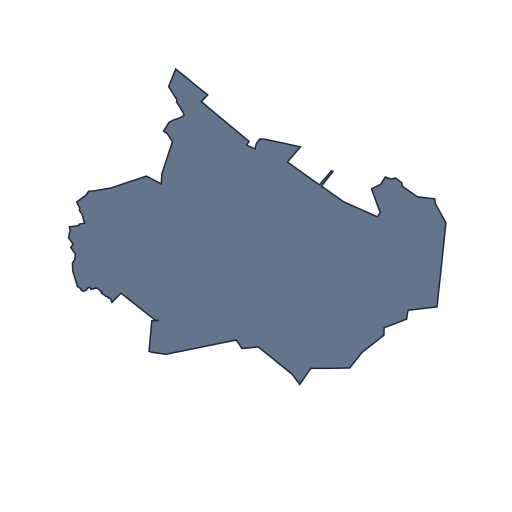 the district of San Javier, Sonora, Mexico, rotated 118°
{"feature_id": "50627088B99780541835919", "entity_name": "San Javier", "entity_type": "district", "adm_level": 2, "iso_a3": "MEX", "parent_name": "Mexico", "parent_adm1": "Sonora", "projection": "mercator", "projection_center": [-109.729, 28.612], "detail": "fine", "context": "isolated", "style": "filled", "palette": "slate", "viewbox_px": 512, "rotation_deg": 118, "n_neighbors": 0, "source": "geoboundaries", "source_scale": "gbopen_adm2", "svg_char_len": 2841}
<svg xmlns="http://www.w3.org/2000/svg" viewBox="0 0 512 512"><g transform="rotate(118 256 256)"><path d="M136.4,374.2L133.6,389.8L131.7,398.4L128.6,414.7L144.1,413.0L147.5,412.6L154.6,400.2L154.7,399.9L154.9,399.7L155.2,399.5L155.5,399.3L155.7,399.1L156.0,399.0L156.3,398.9L156.8,398.7L157.1,398.6L157.4,398.4L159.6,394.4L162.1,390.3L162.6,389.4L163.0,388.3L163.1,388.1L163.3,387.9L163.7,387.4L164.0,387.1L164.3,386.8L164.4,386.7L164.7,386.5L165.0,386.2L165.7,385.5L166.6,386.1L167.8,386.7L168.1,386.9L168.4,387.1L168.8,387.3L169.2,387.6L170.3,388.6L171.0,389.3L171.4,389.6L172.1,390.3L172.9,391.1L173.2,391.4L173.8,391.9L174.4,392.4L175.3,393.1L176.3,393.8L177.8,394.8L179.1,395.6L189.1,396.3L189.4,394.7L189.5,393.0L189.6,391.7L194.2,383.5L227.9,377.6L235.8,374.0L236.8,373.3L236.9,390.3L246.6,399.5L263.9,415.9L274.8,429.9L277.5,434.2L281.8,434.6L292.6,439.7L296.3,434.1L298.7,433.4L300.9,429.0L307.7,422.8L311.0,427.2L312.5,426.9L317.9,434.5L320.8,431.9L324.1,431.3L327.9,430.1L331.5,423.0L335.4,423.7L339.3,416.2L345.0,414.2L347.2,414.8L349.1,414.4L355.2,410.8L366.9,399.2L366.8,398.9L366.8,398.6L366.7,398.5L366.7,398.3L366.7,398.1L366.7,397.7L366.8,397.3L366.8,397.1L367.0,396.7L367.1,396.3L367.2,396.0L367.3,395.8L367.3,395.6L367.5,395.3L367.6,395.1L367.7,394.9L367.8,394.7L368.0,394.5L368.0,394.3L368.0,394.2L368.1,393.8L368.1,393.7L368.1,393.3L368.1,393.1L368.2,392.7L368.3,392.5L368.4,392.3L368.4,392.2L368.3,391.9L368.2,391.8L368.1,391.7L367.1,391.0L367.0,390.9L366.8,390.7L366.6,390.5L366.5,390.4L366.4,390.3L366.2,390.1L366.0,389.9L365.8,389.7L362.9,389.4L362.7,389.3L362.6,389.2L362.5,388.9L362.4,388.9L362.2,388.7L362.1,388.4L362.0,388.2L361.8,388.0L361.8,387.8L362.9,386.2L362.0,385.0L359.9,382.6L359.3,382.4L359.4,381.7L359.2,381.3L359.0,380.4L359.2,379.6L359.4,378.4L359.7,378.0L360.1,376.9L359.9,375.3L360.6,375.4L361.1,375.2L361.4,374.5L361.4,373.3L361.8,372.8L361.5,371.9L361.6,370.9L362.2,370.0L361.7,367.6L362.1,367.2L362.3,366.2L361.9,364.8L361.9,364.2L362.3,363.8L364.2,362.2L364.6,361.4L352.2,357.8L359.5,317.4L360.0,315.8L358.6,311.7L362.0,317.3L362.2,317.6L362.7,317.3L362.8,317.3L390.4,305.7L389.7,302.1L385.1,289.4L339.5,234.1L341.5,230.0L344.3,224.9L335.2,211.3L343.5,168.4L348.9,157.1L329.5,154.9L320.6,138.3L318.0,133.6L310.9,120.7L291.7,117.2L283.5,113.7L265.8,105.9L259.2,109.2L241.0,93.4L232.7,96.3L227.7,89.4L216.0,72.3L173.3,89.4L153.6,97.4L137.5,103.9L125.5,122.4L121.6,124.9L128.0,141.4L125.7,159.8L122.9,161.5L121.6,169.7L124.6,172.5L125.5,178.9L134.4,179.6L142.4,185.5L159.3,166.9L164.4,167.2L167.0,204.1L163.7,230.3L163.6,231.0L145.2,227.7L145.5,229.4L163.4,233.4L158.3,272.4L138.8,268.0L140.1,272.5L142.6,281.4L148.2,301.3L148.9,303.4L151.0,307.6L156.6,308.5L161.9,307.1L162.5,316.4L158.1,315.9L147.4,367.3L145.3,376.8L136.4,374.2Z" fill="#64748b" stroke="#1e293b" stroke-width="1.5"/></g></svg>